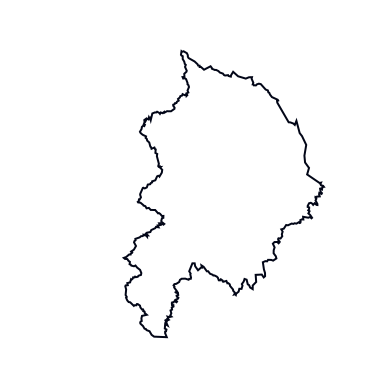 Cuautitlán de García Barragán, Jalisco, Mexico (Equal Earth projection), rotated 319°
{"feature_id": "50627088B76976596426354", "entity_name": "Cuautitlán de García Barragán", "entity_type": "district", "adm_level": 2, "iso_a3": "MEX", "parent_name": "Mexico", "parent_adm1": "Jalisco", "projection": "equal_earth", "projection_center": [-104.358, 19.461], "detail": "fine", "context": "isolated", "style": "outline", "palette": "ink", "viewbox_px": 384, "rotation_deg": 319, "n_neighbors": 0, "source": "geoboundaries", "source_scale": "gbopen_adm2", "svg_char_len": 6062}
<svg xmlns="http://www.w3.org/2000/svg" viewBox="0 0 384 384"><g transform="rotate(319 192 192)"><path d="M250.1,284.4L252.9,284.9L252.9,286.0L253.5,286.3L254.4,285.8L255.3,284.3L256.9,284.7L258.0,285.8L259.6,283.6L262.9,287.7L264.8,288.4L264.9,290.2L265.7,290.2L266.1,286.9L265.8,284.5L268.1,283.6L267.7,282.1L269.2,281.7L270.3,280.5L269.5,279.2L270.2,278.4L273.0,277.3L274.6,278.1L275.1,279.6L275.0,281.2L277.2,280.9L277.5,283.4L278.1,284.1L278.8,283.3L279.7,279.4L281.4,278.7L281.4,277.3L281.9,276.8L282.3,277.6L283.2,277.4L285.5,279.1L286.4,277.1L287.5,276.2L288.5,278.4L289.3,278.1L289.2,276.2L290.9,273.5L291.6,273.9L291.9,275.3L293.7,273.8L294.9,274.6L295.0,273.4L293.8,271.5L294.1,270.3L295.5,269.6L294.2,268.9L290.4,254.3L296.1,250.6L296.7,243.9L300.7,238.3L309.1,231.4L311.7,222.0L311.9,218.2L317.5,206.8L313.6,208.8L313.4,206.8L311.9,204.0L310.7,202.8L315.0,180.5L315.9,179.1L317.0,179.5L317.2,178.6L314.6,172.8L314.8,169.6L315.4,167.8L315.0,166.9L315.9,165.1L314.8,163.0L314.7,155.7L313.5,154.1L311.5,153.3L310.2,153.5L308.6,152.0L308.9,151.0L308.5,150.6L310.0,149.7L311.3,145.6L312.6,144.7L310.3,142.8L307.0,141.7L302.7,134.9L301.9,128.3L298.1,129.5L297.0,130.4L295.7,128.4L295.9,127.5L293.4,125.8L292.9,124.8L293.0,122.9L291.4,120.1L291.3,118.1L290.3,115.7L289.3,114.9L287.9,112.0L288.4,111.3L288.5,109.3L281.3,107.6L280.8,103.6L279.8,102.7L280.6,101.7L279.6,100.6L280.0,99.2L279.6,95.2L277.3,88.7L277.6,87.2L278.6,86.0L279.2,83.9L278.0,80.3L276.5,79.7L276.4,78.9L273.7,81.2L273.6,82.2L274.1,83.4L272.2,85.6L271.7,88.5L270.6,90.6L270.7,92.0L268.8,93.0L267.6,97.0L266.7,97.6L263.7,97.7L261.8,100.2L260.3,99.1L259.8,100.6L261.1,101.3L261.6,102.9L260.1,106.9L259.3,107.7L259.4,109.0L258.6,110.8L255.2,112.5L254.5,114.5L252.4,113.9L252.0,115.8L250.8,115.9L251.4,114.9L250.0,114.1L249.1,112.0L247.8,112.7L246.1,112.0L244.8,112.7L242.5,112.6L241.9,114.3L239.9,114.0L238.6,114.6L237.3,113.8L236.4,114.3L235.1,113.8L234.4,114.6L234.2,116.9L233.3,117.7L229.1,117.3L226.1,114.6L223.1,114.0L223.5,113.3L221.4,113.1L220.6,111.5L219.1,112.0L219.2,110.9L218.3,108.5L217.2,108.5L216.2,107.6L213.6,106.7L208.0,110.7L209.0,108.6L208.2,108.6L208.5,107.4L206.8,108.6L206.4,107.5L205.7,107.2L203.0,108.2L203.3,107.1L204.3,106.5L203.2,106.4L202.1,108.1L199.7,109.4L200.4,110.4L199.3,110.9L199.0,110.0L196.9,110.0L195.2,111.4L192.2,112.4L191.9,113.9L192.3,116.4L193.8,119.9L192.5,120.7L192.7,122.3L191.9,123.8L192.2,126.6L190.3,130.5L190.5,131.2L189.8,132.8L192.8,133.8L192.2,135.6L192.5,136.1L190.0,138.5L190.7,140.5L189.0,141.9L185.5,149.0L183.5,150.3L183.4,151.1L184.5,151.5L184.1,152.2L184.8,152.7L183.9,152.8L184.1,155.7L181.9,157.6L177.6,159.0L177.7,158.2L177.1,157.6L175.9,157.3L172.0,159.1L168.9,157.8L168.2,158.6L166.6,158.2L165.6,158.7L163.5,157.4L160.9,158.9L158.7,158.3L158.0,156.8L157.5,156.7L151.8,159.4L151.0,160.1L150.0,162.5L147.7,163.3L147.1,162.8L145.8,164.0L144.6,163.9L144.5,164.5L146.1,166.3L146.7,170.0L146.5,170.5L147.5,172.1L147.0,174.5L149.0,175.7L149.1,178.5L152.4,181.4L152.4,185.9L153.2,186.2L153.6,187.5L153.6,190.5L154.7,191.3L153.4,192.7L152.1,192.1L149.8,193.7L149.4,194.4L150.1,197.9L149.1,197.9L149.0,196.7L147.5,196.5L147.4,194.7L146.7,194.1L146.3,196.0L144.1,194.7L143.6,196.7L141.9,194.7L140.6,195.2L136.3,194.0L134.3,194.9L131.2,193.1L130.1,193.1L130.2,195.9L129.4,195.3L128.8,196.1L128.8,193.6L128.2,193.7L128.1,192.6L128.0,193.0L127.5,192.5L127.3,193.1L125.7,192.8L124.5,191.9L122.7,191.9L118.5,190.2L117.7,191.4L116.3,191.3L115.2,192.0L114.3,196.0L110.3,197.4L107.1,197.0L107.3,198.4L106.9,198.6L105.4,198.3L104.7,198.9L103.4,197.9L99.7,197.9L97.3,197.0L97.5,198.5L99.2,200.2L98.9,202.1L99.3,204.0L97.5,205.6L98.1,206.6L97.9,207.7L99.5,210.0L101.1,210.4L101.0,213.0L101.7,216.7L100.6,219.9L99.1,221.1L96.7,220.1L95.4,220.4L93.7,219.4L93.5,218.5L92.3,218.6L91.6,217.8L90.4,218.5L88.8,218.5L88.7,217.9L86.0,219.6L83.4,218.3L82.4,220.2L80.6,219.0L79.8,219.4L78.4,222.3L74.3,226.2L73.9,228.4L72.9,228.5L72.0,231.4L72.0,233.5L73.0,234.7L73.4,239.8L74.2,239.7L75.7,241.0L76.8,240.4L77.5,241.0L78.2,243.6L77.3,245.3L77.2,248.0L78.0,248.4L77.7,249.7L77.1,250.0L77.7,251.2L76.9,252.4L77.3,255.0L73.0,252.7L70.9,254.2L69.4,256.4L68.1,256.1L67.0,256.8L66.7,257.8L67.1,261.0L66.5,264.0L67.3,265.2L67.1,266.4L68.6,269.2L67.8,273.3L68.5,276.3L77.7,285.0L79.1,280.9L80.2,279.7L81.0,280.1L82.5,279.0L81.9,277.2L85.7,273.5L86.2,274.0L85.5,275.1L86.0,276.7L87.7,271.4L88.2,271.5L88.1,273.1L88.9,272.7L90.6,273.2L90.3,271.5L91.4,271.5L91.8,270.1L92.8,271.5L94.7,272.5L94.5,271.0L96.8,270.0L98.1,267.3L99.8,267.7L100.9,265.9L102.9,266.3L103.6,265.3L102.8,265.2L102.6,264.4L104.0,262.5L104.7,262.3L105.5,263.1L107.3,262.9L107.9,265.0L108.8,264.9L108.8,262.6L111.6,263.3L112.4,262.8L111.9,261.0L112.4,260.1L114.0,260.7L115.2,258.9L114.0,257.8L113.9,256.9L115.5,257.1L115.9,252.4L116.8,251.8L116.8,250.4L118.3,250.0L119.9,251.0L123.3,251.5L125.3,250.4L127.3,250.7L130.1,253.0L131.9,256.0L132.9,255.7L134.1,256.7L135.1,256.0L136.6,253.1L137.4,252.7L137.9,250.0L145.5,246.1L147.2,247.6L145.7,250.1L145.2,255.0L149.3,255.0L149.9,255.6L151.0,253.6L151.7,256.1L151.2,261.6L152.2,262.4L152.0,265.5L153.3,268.0L153.3,269.0L154.2,269.7L155.2,272.1L155.3,273.6L154.3,276.2L155.2,277.1L156.5,276.8L157.0,279.0L156.5,279.6L156.6,280.2L159.6,281.7L158.8,284.1L159.6,284.6L159.9,286.5L159.1,287.9L159.0,292.5L158.3,293.5L158.3,296.4L156.7,297.0L157.4,297.3L157.5,298.5L158.6,297.7L161.8,297.8L164.2,296.1L165.8,297.6L168.7,295.8L169.2,294.2L172.3,293.5L174.6,292.1L175.7,294.0L173.5,298.3L174.0,299.7L173.2,302.2L174.1,305.1L176.5,302.4L181.4,302.0L185.7,296.3L190.5,300.1L190.1,303.5L191.9,303.5L194.0,301.0L195.5,297.6L199.4,291.5L202.0,292.3L203.2,293.6L204.9,293.1L207.3,295.3L208.2,297.0L212.1,297.5L213.1,295.5L213.4,291.8L215.5,289.5L218.0,288.0L219.1,284.1L221.4,283.9L223.6,285.7L223.7,287.5L225.1,287.4L225.6,287.0L225.5,285.2L226.1,284.0L226.9,283.7L228.3,285.2L231.1,284.6L232.1,282.8L234.4,281.4L234.9,278.8L237.2,279.9L241.4,278.7L242.6,280.1L246.5,281.2L247.6,282.6L248.9,282.9L250.1,284.4Z" fill="none" stroke="#020617" stroke-width="2"/></g></svg>